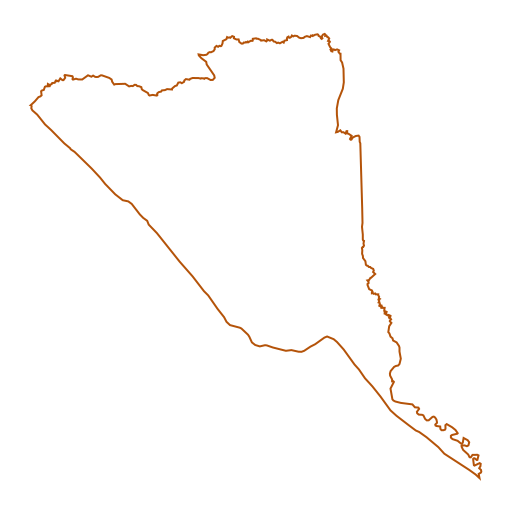 the district of Playas, Guayas, Ecuador
{"feature_id": "8360857B78942405683114", "entity_name": "Playas", "entity_type": "district", "adm_level": 2, "iso_a3": "ECU", "parent_name": "Ecuador", "parent_adm1": "Guayas", "projection": "orthographic", "projection_center": [-80.419, -2.59], "detail": "fine", "context": "isolated", "style": "outline", "palette": "amber", "viewbox_px": 512, "rotation_deg": 0, "n_neighbors": 0, "source": "geoboundaries", "source_scale": "gbopen_adm2", "svg_char_len": 5849}
<svg xmlns="http://www.w3.org/2000/svg" viewBox="0 0 512 512"><path d="M198.6,54.4L198.8,55.4L201.4,58.2L206.2,61.8L206.7,64.5L214.2,75.4L214.7,77.8L212.8,79.9L210.6,80.0L207.1,78.1L205.2,78.1L204.2,78.8L203.7,78.4L201.1,78.2L200.7,78.6L198.7,78.1L192.6,78.0L190.1,78.9L189.5,79.7L185.9,79.1L184.3,80.5L184.1,81.8L181.8,83.2L180.3,82.3L178.3,82.6L176.8,85.5L175.1,86.0L173.4,87.4L172.1,88.6L172.0,89.5L167.1,89.1L165.0,90.1L161.9,90.4L161.1,91.6L158.8,92.1L157.4,93.2L157.0,94.2L157.4,95.0L156.8,95.6L152.7,94.9L149.5,95.5L148.8,95.0L147.9,93.0L142.6,90.0L141.8,89.2L141.3,87.1L138.9,86.2L137.3,86.1L136.1,84.9L134.6,84.8L132.8,86.1L131.2,85.9L129.1,86.4L125.2,83.8L115.5,84.1L114.2,84.6L112.2,81.8L111.6,79.5L109.2,77.9L101.8,75.3L100.8,75.3L98.1,76.9L96.7,77.0L95.2,76.9L93.1,75.6L91.4,76.7L88.0,75.3L82.2,79.5L78.2,79.4L76.0,78.7L73.0,79.6L72.5,79.1L72.9,77.2L72.4,76.2L64.9,75.0L64.5,75.4L65.2,77.8L63.5,80.1L62.4,80.1L60.3,78.4L58.5,81.3L57.4,80.9L56.9,81.2L56.4,80.5L55.8,80.5L54.7,82.8L52.2,83.0L51.6,84.2L50.3,84.6L49.7,86.2L49.2,86.2L48.6,84.4L47.9,84.0L47.7,86.3L45.8,86.3L44.9,86.8L43.8,89.9L41.7,90.6L41.1,91.3L41.6,95.3L40.4,96.4L38.5,97.1L34.8,101.4L30.7,105.2L31.4,105.4L31.6,106.3L31.3,108.3L32.4,110.4L37.2,114.6L45.0,124.4L51.2,130.1L64.3,143.4L70.2,148.3L70.7,149.3L74.6,151.9L91.7,168.6L100.0,177.5L105.2,184.0L115.2,194.3L122.7,200.2L128.3,201.4L131.7,203.9L139.8,214.4L143.2,217.9L147.2,220.8L148.7,224.6L156.9,233.1L179.6,261.6L192.6,276.4L204.0,291.2L208.2,295.4L217.5,308.8L224.1,317.2L226.5,321.8L230.0,325.1L239.8,327.7L241.4,328.5L248.0,334.7L249.3,336.7L251.9,342.4L255.2,345.0L259.8,346.4L265.0,345.2L266.8,345.4L272.9,347.5L285.9,350.8L291.4,350.1L298.5,351.7L301.5,351.8L304.2,350.8L310.5,346.6L315.2,344.2L324.4,337.6L327.1,336.5L333.7,339.2L337.0,342.0L343.7,349.5L354.5,364.5L358.9,369.4L365.0,378.3L372.4,386.4L380.6,396.7L390.5,410.4L396.5,415.8L408.6,425.1L415.8,430.5L419.2,432.0L426.5,437.2L438.3,447.1L444.3,453.7L469.2,469.9L475.6,474.5L479.5,478.1L478.7,473.9L480.9,472.6L481.3,471.7L481.0,469.9L479.2,468.2L480.4,466.3L480.7,463.8L479.6,463.1L474.5,465.6L473.9,465.2L473.1,459.0L473.6,458.4L474.6,458.3L476.8,460.0L477.4,459.9L478.5,455.4L477.4,454.8L472.5,454.9L470.8,457.3L470.1,457.4L469.5,457.1L468.2,454.5L463.2,450.0L461.8,447.2L461.5,445.9L462.1,445.5L464.6,445.4L466.9,446.2L468.4,445.4L469.2,442.3L467.7,440.2L463.6,438.0L462.8,442.6L461.9,443.7L461.2,443.7L457.6,440.8L452.5,439.1L450.9,437.6L450.9,435.8L452.0,435.0L457.3,433.7L457.7,433.2L455.5,430.0L452.0,427.2L446.7,424.1L445.4,425.2L445.5,428.6L445.1,429.6L443.6,430.2L441.5,430.2L440.4,428.9L440.2,426.5L436.4,426.0L435.5,425.5L435.3,424.5L437.0,422.8L436.9,421.7L436.4,419.5L435.1,417.5L433.8,416.6L432.5,416.9L428.7,420.3L426.8,420.4L425.1,418.9L423.4,415.4L422.1,414.8L418.8,414.6L417.2,413.3L416.9,411.8L419.1,408.9L418.4,407.6L414.9,407.3L412.4,404.4L400.8,402.9L395.3,401.5L393.4,400.5L392.4,399.3L390.5,388.6L393.9,381.9L393.3,381.2L392.1,381.3L392.1,379.4L390.1,375.6L389.9,373.6L390.6,371.1L394.1,366.9L395.8,366.0L398.2,365.5L399.5,364.0L400.8,358.7L399.5,351.6L399.5,347.6L399.0,346.0L396.6,342.4L393.1,340.5L392.5,338.3L390.5,336.6L389.4,333.4L388.3,332.1L389.2,326.2L391.4,322.9L389.8,321.3L389.9,320.5L391.1,319.4L390.1,317.8L389.3,318.0L388.9,317.0L390.4,316.3L390.5,315.8L388.5,314.9L387.3,315.2L386.1,314.5L386.3,313.4L385.4,313.9L384.6,313.6L384.7,312.3L385.2,312.6L386.2,311.7L384.2,310.8L384.6,307.9L381.3,307.9L381.2,307.3L382.4,307.2L381.2,305.9L381.4,305.5L380.5,305.2L380.3,306.3L379.3,305.8L379.9,304.0L379.6,302.9L378.6,302.5L379.3,301.1L378.5,299.8L379.8,298.9L378.8,298.2L379.1,296.7L378.1,295.0L378.2,294.3L375.7,294.3L375.3,293.5L373.5,293.8L372.8,292.9L371.9,293.2L371.9,292.2L372.5,291.7L371.9,290.4L369.2,289.2L367.5,284.9L367.6,283.8L368.5,283.3L368.6,281.9L367.4,280.4L369.1,280.0L370.4,277.9L370.9,277.9L375.2,274.0L373.1,272.0L373.8,270.6L373.2,268.9L371.0,267.9L370.2,267.0L368.9,267.0L367.8,265.8L366.8,265.6L365.9,264.8L365.4,261.2L363.0,258.0L362.9,256.0L362.1,253.8L362.3,250.1L361.9,248.0L362.7,246.9L363.2,247.0L364.0,245.6L363.5,243.6L364.0,240.9L363.2,240.5L362.8,239.5L362.8,234.6L362.0,226.8L362.5,223.0L362.2,208.4L360.3,143.3L359.7,141.8L359.5,136.9L358.6,135.6L355.8,136.0L352.8,137.5L351.4,139.6L350.6,139.7L350.0,139.0L351.6,135.8L348.4,133.7L347.0,133.4L347.2,131.1L346.5,131.1L345.5,133.6L343.4,132.2L341.8,132.3L340.3,130.3L337.8,131.9L336.1,132.3L338.0,125.2L336.9,114.8L336.8,108.4L338.3,100.1L342.8,88.8L343.8,82.4L343.5,68.7L342.1,62.5L340.6,60.2L340.5,53.7L339.7,53.6L338.4,51.8L339.1,50.3L337.1,49.4L335.0,50.1L333.8,49.4L332.7,50.2L332.4,51.5L331.3,51.2L330.5,49.5L331.5,48.6L330.1,47.1L328.5,43.8L329.9,41.8L329.4,41.1L328.1,40.9L329.2,38.5L328.1,37.2L327.4,37.2L326.5,35.6L325.2,35.9L325.3,34.6L324.7,33.9L323.0,34.6L322.0,36.1L321.8,37.5L322.4,38.2L321.7,38.9L320.9,38.3L320.3,36.7L318.6,35.9L318.2,34.7L317.5,34.3L314.9,34.8L313.6,35.6L312.8,35.3L312.5,36.0L311.0,35.5L310.1,37.1L306.9,36.1L304.6,36.9L303.6,37.9L301.0,38.2L299.2,37.7L297.1,36.0L294.6,35.7L293.2,36.4L291.9,35.5L291.2,36.9L289.8,37.8L288.9,37.6L288.5,36.6L287.4,37.2L286.9,38.4L287.0,40.1L284.4,40.7L283.7,42.6L282.5,41.8L279.9,43.3L278.1,42.6L276.9,43.1L275.1,41.7L273.7,41.5L272.4,39.8L271.5,39.8L269.9,40.7L267.2,39.5L267.2,40.5L266.3,41.4L264.1,40.2L261.1,40.6L260.9,40.1L257.9,38.7L256.8,38.8L256.1,38.3L252.8,38.8L252.7,40.7L252.3,40.9L250.7,40.8L248.2,42.3L247.7,41.6L246.7,42.4L245.9,42.0L244.9,42.7L243.8,42.5L242.8,43.6L241.5,43.6L239.3,42.0L238.6,39.4L236.5,39.5L233.9,38.3L234.0,36.8L232.2,36.1L230.2,37.8L229.6,37.4L228.2,37.7L227.1,37.1L226.4,39.2L222.8,41.0L222.5,43.5L221.4,45.9L220.8,46.2L219.4,45.8L218.1,46.8L216.5,45.9L214.7,47.6L214.7,49.3L213.5,51.1L210.9,52.3L209.8,52.1L208.4,52.7L207.4,54.1L206.3,54.8L203.1,55.2L198.6,54.4Z" fill="none" stroke="#b45309" stroke-width="2"/></svg>